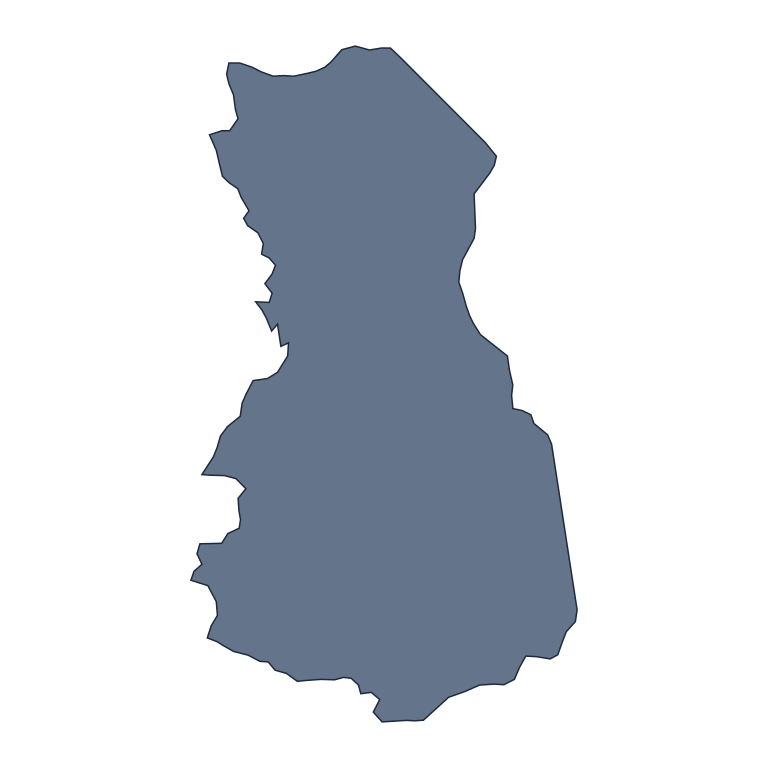 the district of Rio Quente, Goiás, Brazil
{"feature_id": "56859067B50807905411121", "entity_name": "Rio Quente", "entity_type": "district", "adm_level": 2, "iso_a3": "BRA", "parent_name": "Brazil", "parent_adm1": "Goiás", "projection": "robinson", "projection_center": [-48.799, -17.825], "detail": "fine", "context": "isolated", "style": "filled", "palette": "slate", "viewbox_px": 768, "rotation_deg": 0, "n_neighbors": 0, "source": "geoboundaries", "source_scale": "gbopen_adm2", "svg_char_len": 1876}
<svg xmlns="http://www.w3.org/2000/svg" viewBox="0 0 768 768"><path d="M423.4,720.2L448.6,697.3L464.9,691.5L479.5,685.1L493.9,684.1L503.9,684.7L514.4,679.4L519.6,667.2L525.8,656.1L536.8,656.7L550.2,658.9L557.8,654.8L562.0,642.8L566.3,631.7L575.4,621.5L577.1,609.8L551.6,444.2L547.6,434.8L533.9,423.5L530.9,414.8L522.1,410.5L512.9,408.6L511.6,395.5L512.8,384.9L509.5,370.5L507.4,356.0L480.5,334.7L473.3,323.3L469.6,315.6L466.3,306.3L462.8,293.7L458.8,282.1L459.9,271.0L462.5,259.9L469.2,247.5L474.1,238.3L475.5,228.5L474.1,193.9L489.7,173.2L494.3,165.3L496.4,156.3L485.4,142.7L401.0,58.1L390.5,48.1L381.6,48.0L369.5,50.0L355.3,46.1L341.8,49.7L330.9,62.1L324.7,67.3L315.8,71.3L306.5,73.5L293.9,76.2L283.7,75.6L273.2,76.2L261.1,71.8L252.3,67.3L239.7,63.0L228.9,63.0L226.6,74.1L228.9,83.7L233.5,94.8L235.4,109.3L238.0,118.7L229.7,130.7L222.0,130.7L209.5,134.8L216.3,150.3L219.2,162.9L222.5,176.4L229.7,183.2L237.7,188.6L241.3,197.6L249.0,210.8L243.6,218.3L247.7,225.7L257.9,232.8L263.3,243.5L261.6,254.2L269.2,258.0L275.5,265.2L272.1,274.0L264.9,283.6L272.1,293.2L269.2,302.4L255.7,301.8L262.0,310.1L266.5,318.4L271.6,331.0L277.5,324.2L280.9,346.4L288.5,342.8L287.7,356.0L277.5,372.3L267.5,378.5L253.1,380.6L245.9,394.5L242.1,403.4L240.2,416.3L227.6,426.5L220.4,436.1L217.1,447.7L213.3,457.0L201.9,474.6L210.7,475.2L224.6,475.6L235.9,478.6L245.9,488.7L238.1,498.3L238.9,510.4L240.5,519.6L239.2,528.2L227.9,533.5L221.7,543.3L199.9,543.8L197.0,553.8L201.9,564.3L194.0,571.3L190.9,580.3L207.8,585.6L216.3,601.6L217.4,615.5L211.2,625.8L207.3,637.9L216.9,641.6L223.8,645.9L233.5,651.4L248.2,655.2L260.0,661.4L268.2,661.9L275.1,670.2L286.4,673.4L297.3,681.3L306.5,680.4L320.9,679.4L334.6,679.8L343.5,677.4L351.2,678.3L358.5,685.1L360.8,693.7L371.3,692.4L379.7,699.5L373.3,712.1L382.1,721.9L406.5,720.4L414.9,720.8L423.4,720.2Z" fill="#64748b" stroke="#1e293b" stroke-width="1.5"/></svg>